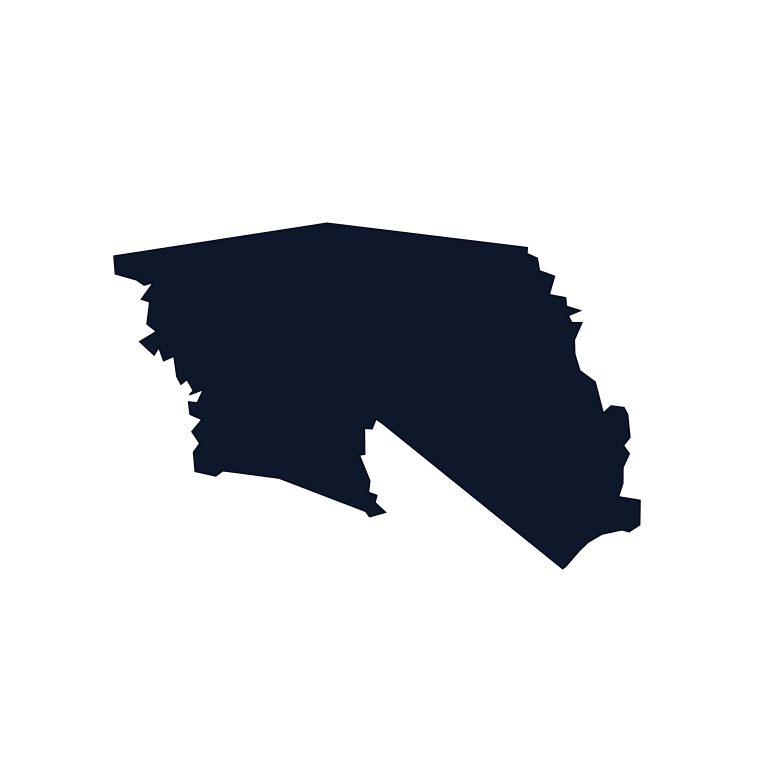 the district of Refugio, Texas, United States of America, rotated 48°
{"feature_id": "52423323B18578133959698", "entity_name": "Refugio", "entity_type": "district", "adm_level": 2, "iso_a3": "USA", "parent_name": "United States of America", "parent_adm1": "Texas", "projection": "albers", "projection_center": [-97.12, 28.308], "detail": "fine", "context": "isolated", "style": "filled", "palette": "ink", "viewbox_px": 768, "rotation_deg": 48, "n_neighbors": 0, "source": "geoboundaries", "source_scale": "gbopen_adm2", "svg_char_len": 1154}
<svg xmlns="http://www.w3.org/2000/svg" viewBox="0 0 768 768"><g transform="rotate(48 384 384)"><path d="M640.8,374.8L641.1,371.0L638.5,350.5L638.1,338.2L641.3,322.6L651.4,304.9L656.8,301.2L657.7,300.9L659.7,288.2L641.8,271.6L624.7,285.3L617.6,273.0L605.9,262.3L599.9,248.4L589.9,247.3L588.2,237.0L569.7,223.4L562.1,221.5L552.3,229.9L552.5,240.7L523.9,225.8L505.1,229.6L489.2,222.1L478.5,213.0L470.8,195.9L464.2,203.5L456.4,201.3L460.7,189.2L448.4,196.5L441.5,191.4L428.1,201.5L418.0,185.2L403.9,192.8L393.1,186.0L382.7,190.6L378.6,186.3L226.3,318.9L108.3,499.1L122.4,509.9L141.0,498.2L150.0,496.1L154.3,487.3L158.7,507.5L166.2,503.0L180.9,520.0L192.8,517.8L189.1,537.2L208.6,535.4L206.1,526.8L219.2,532.2L222.8,521.4L239.8,532.9L248.3,535.0L248.8,527.3L261.5,530.2L261.8,535.7L267.3,521.7L273.1,535.5L266.6,541.2L276.8,548.4L288.6,543.0L290.9,558.6L304.9,560.6L307.3,571.2L322.6,582.8L339.7,570.6L340.6,561.8L383.6,525.0L466.4,482.8L473.0,483.5L480.2,468.8L466.1,470.1L462.0,463.9L454.1,468.1L446.5,459.4L420.3,449.9L423.2,445.3L403.7,428.2L409.3,422.8L404.5,413.3L413.5,411.3L640.8,374.8Z" fill="#0f172a" stroke="#020617" stroke-width="1.5"/></g></svg>